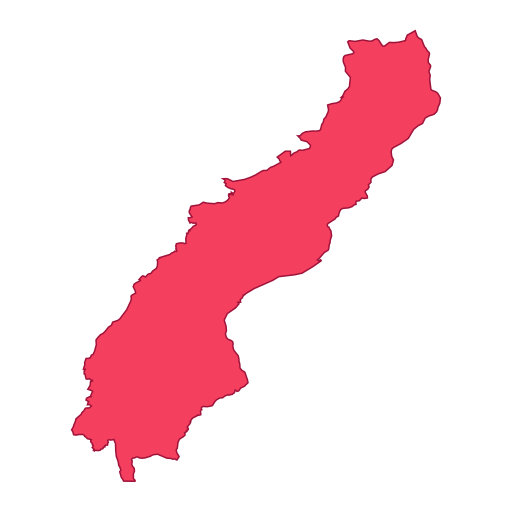 Cernesti, Maramures, Romania
{"feature_id": "2599482B23598129947364", "entity_name": "Cernesti", "entity_type": "district", "adm_level": 2, "iso_a3": "ROU", "parent_name": "Romania", "parent_adm1": "Maramures", "projection": "robinson", "projection_center": [23.78, 47.557], "detail": "fine", "context": "isolated", "style": "filled", "palette": "rose", "viewbox_px": 512, "rotation_deg": 0, "n_neighbors": 0, "source": "geoboundaries", "source_scale": "gbopen_adm2", "svg_char_len": 6001}
<svg xmlns="http://www.w3.org/2000/svg" viewBox="0 0 512 512"><path d="M328.1,250.2L328.7,249.0L329.3,244.4L330.1,242.7L330.1,240.6L331.6,235.9L330.9,230.8L329.6,228.9L329.0,227.2L328.1,226.9L327.4,226.0L327.4,224.4L328.0,223.5L335.0,219.0L336.2,217.3L338.5,216.0L338.8,214.0L339.8,211.1L341.1,209.2L342.8,208.4L348.8,207.8L352.3,206.5L354.2,204.8L356.0,204.4L355.9,202.1L356.3,201.2L359.4,200.7L361.8,198.1L364.1,198.5L367.4,198.0L367.3,196.0L365.4,192.5L365.2,191.3L365.7,190.5L367.6,189.4L368.9,187.4L369.1,186.6L368.3,184.9L370.9,182.4L370.9,178.9L372.5,176.9L378.2,173.9L385.1,171.6L392.0,165.5L393.5,160.0L391.7,156.3L391.2,151.9L391.7,149.2L393.5,147.5L401.0,143.5L408.3,138.4L413.7,129.3L418.0,125.8L422.5,123.5L425.2,118.0L428.6,116.1L434.0,114.3L436.5,111.9L437.6,109.6L437.9,107.5L439.8,103.2L440.4,97.9L437.6,93.1L435.4,91.6L432.1,90.4L430.9,89.3L429.7,79.5L430.2,75.2L428.9,71.5L430.6,66.7L430.5,65.3L428.3,62.5L428.2,59.5L429.5,53.9L429.0,52.3L427.4,50.9L425.8,48.1L424.5,46.8L421.6,39.5L419.3,38.4L417.3,36.6L415.2,30.7L407.3,35.1L405.9,38.5L405.4,40.6L398.6,42.2L393.6,42.6L389.4,42.4L384.3,46.2L383.0,46.1L381.6,44.7L379.1,40.7L377.1,38.8L374.6,39.4L372.2,40.9L369.6,41.2L362.8,40.0L355.1,41.4L349.1,40.7L347.7,41.8L350.1,48.1L353.6,51.5L353.9,52.6L352.5,53.8L345.1,55.5L343.8,56.6L343.2,58.8L343.3,61.9L345.5,67.3L345.4,71.3L350.4,77.4L349.4,86.6L347.9,88.8L344.9,91.3L342.7,96.0L341.4,97.2L342.8,97.2L341.3,98.7L341.1,100.0L339.6,101.6L336.4,103.0L332.0,103.6L327.6,105.0L328.5,109.7L328.2,111.7L325.9,116.9L323.9,119.1L323.1,122.7L321.8,124.3L320.5,129.7L319.1,130.7L316.4,131.1L312.7,131.0L305.5,131.8L302.3,133.4L299.9,135.9L297.8,135.9L300.1,138.2L301.2,140.1L307.0,141.7L310.4,145.1L310.2,147.3L309.1,148.6L302.5,150.3L299.5,150.0L298.6,150.4L297.1,151.7L293.3,153.4L292.2,154.8L290.7,155.7L290.4,151.2L285.3,151.2L277.2,157.1L279.2,159.0L279.7,160.6L281.0,162.2L274.0,166.1L270.5,167.4L266.9,170.4L263.4,170.5L261.5,171.3L255.3,175.1L250.5,177.3L244.6,179.4L232.9,181.5L228.4,179.1L226.1,178.6L223.0,178.8L224.7,179.8L225.1,180.9L224.2,182.5L226.1,183.7L225.4,185.6L227.8,187.4L231.0,188.8L233.6,189.3L234.6,190.0L235.0,191.2L233.3,193.6L232.0,192.7L233.0,194.8L232.4,194.7L231.7,193.0L230.4,193.4L230.1,194.0L230.5,194.5L229.8,194.5L229.1,193.8L228.6,194.2L229.1,194.9L228.6,195.4L228.7,196.3L229.4,197.8L228.1,199.7L225.7,201.7L222.4,203.0L217.8,202.6L214.6,203.7L206.7,203.1L203.3,202.2L199.2,204.9L191.2,206.1L190.3,207.9L190.2,209.7L189.7,209.9L189.2,211.4L189.4,213.0L192.1,216.9L189.4,217.9L188.3,217.7L188.4,219.8L190.0,223.0L191.5,222.4L193.1,223.2L196.0,223.0L196.3,224.7L193.3,226.3L190.7,229.2L189.4,229.8L189.9,230.7L188.6,230.8L188.3,233.0L186.6,233.3L186.9,234.3L185.8,238.4L186.0,243.2L184.9,243.6L183.0,243.0L180.3,242.9L176.4,243.7L175.7,246.2L176.1,246.9L175.9,249.1L176.4,249.4L176.7,251.2L174.6,251.2L174.1,252.0L171.8,252.9L169.9,254.5L159.6,257.6L159.9,258.0L157.1,260.0L157.6,261.5L157.5,264.5L157.2,266.5L156.1,268.6L152.8,270.9L150.7,273.6L149.3,273.7L147.8,274.4L145.6,276.9L142.8,275.8L141.5,276.7L139.1,279.5L140.0,279.8L140.4,280.6L136.4,282.6L134.1,284.2L133.2,286.7L135.1,290.6L135.7,293.1L132.1,295.0L131.0,296.2L131.3,298.6L130.9,300.7L126.7,309.7L119.7,319.0L117.8,320.4L112.7,322.1L111.4,325.3L108.5,327.1L105.2,331.3L102.9,333.5L100.6,334.6L97.6,337.8L96.0,340.0L96.3,344.8L94.5,351.4L93.0,354.5L91.4,355.1L90.3,357.7L88.2,358.4L86.1,358.4L84.6,362.7L84.8,364.8L83.5,368.8L83.4,369.4L85.2,369.3L84.1,371.6L84.2,373.9L84.9,373.9L86.1,378.9L88.0,379.2L89.6,378.7L91.0,380.2L91.9,380.0L92.3,380.5L92.5,380.9L90.5,381.6L90.2,385.3L87.8,389.3L91.5,390.5L92.6,391.3L90.8,395.4L91.0,395.4L91.1,396.7L89.3,396.8L86.5,398.3L86.0,400.1L88.7,401.6L88.2,402.2L87.4,404.8L89.6,404.6L91.4,406.0L89.3,407.9L86.1,408.0L85.2,408.4L83.9,410.7L81.7,412.9L81.3,414.2L76.0,418.8L75.2,421.9L73.6,425.5L73.5,426.5L71.6,429.9L72.8,431.7L73.6,434.7L76.0,435.1L79.2,434.5L83.2,434.5L84.7,435.8L84.6,436.3L86.6,437.7L87.3,438.7L91.3,439.6L90.7,440.8L90.7,441.8L92.2,443.4L92.4,444.8L92.9,444.9L93.0,446.4L92.2,447.6L93.8,448.7L93.8,449.4L93.3,450.2L94.4,451.0L94.9,450.3L98.3,450.6L100.4,450.1L101.2,449.0L102.8,448.7L103.1,448.3L103.0,447.8L103.6,447.2L105.0,446.8L104.7,445.9L105.8,445.2L107.5,445.1L107.8,443.1L108.4,442.3L107.7,440.7L108.3,439.9L109.0,439.7L110.6,440.1L114.0,439.5L114.1,440.4L115.5,443.5L115.7,450.5L116.3,456.4L118.1,461.3L118.8,465.6L120.0,467.1L119.9,467.8L121.0,469.8L119.7,471.7L121.4,477.6L122.4,478.7L123.6,481.1L134.9,481.3L135.1,480.4L133.4,478.4L133.4,473.8L134.5,471.2L134.2,468.3L132.5,466.2L131.8,464.6L132.2,461.0L131.5,459.4L132.5,458.2L134.9,457.8L136.5,456.9L138.2,457.1L139.3,457.9L142.5,458.2L145.3,457.8L150.3,456.3L152.9,454.8L157.5,454.2L166.7,458.1L171.2,458.5L172.8,459.2L174.4,458.9L176.9,460.0L179.1,456.6L176.7,452.5L176.2,449.6L177.3,448.3L177.9,442.8L178.8,440.5L179.7,439.0L183.3,436.7L185.0,435.1L185.0,433.6L184.6,432.7L186.9,431.5L187.0,431.1L186.5,431.0L186.5,430.5L188.2,429.7L188.3,428.3L187.1,427.1L189.9,423.8L190.7,422.0L190.2,421.9L190.4,421.1L192.5,418.1L196.5,416.1L197.5,415.1L197.9,415.5L200.8,414.7L200.5,411.0L200.8,410.2L201.8,409.7L201.3,408.2L201.7,407.2L202.9,406.5L207.5,406.7L212.3,405.7L214.9,401.6L216.7,399.7L220.0,397.9L222.6,397.8L224.9,396.0L227.8,394.8L228.7,395.2L230.2,394.8L230.3,394.5L232.0,394.5L234.4,392.7L235.2,390.0L237.0,391.4L238.8,390.8L240.6,388.1L244.4,386.3L248.0,382.7L247.5,380.0L244.8,372.1L241.8,370.3L240.0,368.0L239.7,363.5L239.0,361.3L238.9,358.8L238.2,355.8L233.9,350.3L233.1,347.8L232.8,345.8L233.1,343.9L232.6,341.6L231.1,340.5L227.7,339.1L226.3,337.2L225.4,333.7L226.4,330.8L226.1,326.4L224.2,320.1L227.3,313.6L235.4,308.0L239.0,303.8L237.9,302.3L240.6,302.2L240.3,299.6L242.1,298.0L243.1,296.2L243.3,295.0L244.4,295.0L246.1,293.4L254.3,288.5L273.0,280.2L278.7,276.7L294.4,274.8L302.0,273.2L312.6,266.8L320.9,261.0L321.2,260.4L320.4,259.8L319.0,260.9L317.4,259.9L318.9,258.7L324.2,252.6L328.1,250.2Z" fill="#f43f5e" stroke="#9f1239" stroke-width="1.5"/></svg>